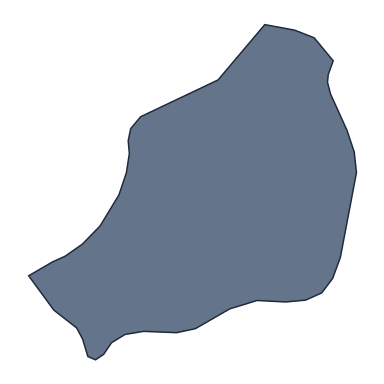 outline of Ajlun, rotated 179°
{"feature_id": "JOR-855", "entity_name": "Ajlun", "entity_type": "Province", "adm_level": 1, "iso_a3": "JOR", "parent_name": "Jordan", "parent_adm1": "", "projection": "albers", "projection_center": [35.755, 32.279], "detail": "fine", "context": "isolated", "style": "filled", "palette": "slate", "viewbox_px": 384, "rotation_deg": 179, "n_neighbors": 0, "source": "natural_earth", "source_scale": "10m", "svg_char_len": 634}
<svg xmlns="http://www.w3.org/2000/svg" viewBox="0 0 384 384"><g transform="rotate(179 192 192)"><path d="M116.3,358.1L86.5,352.0L67.1,344.0L48.5,320.7L53.7,307.2L54.6,299.3L51.8,287.6L36.0,251.1L29.1,229.2L27.2,208.6L44.8,124.0L52.9,103.1L64.0,88.9L80.3,81.9L100.1,80.4L128.9,82.4L156.3,74.5L191.0,55.3L209.8,51.6L242.9,53.5L261.5,50.7L275.1,42.7L283.2,31.2L291.4,25.9L299.0,29.3L304.0,47.0L309.7,58.1L332.2,76.3L356.8,111.1L332.6,124.6L320.2,129.9L302.5,141.8L284.4,159.8L265.1,190.4L257.2,212.6L254.0,231.5L254.9,244.4L252.2,256.4L242.0,268.2L164.0,303.6L116.3,358.1Z" fill="#64748b" stroke="#1e293b" stroke-width="1.5"/></g></svg>